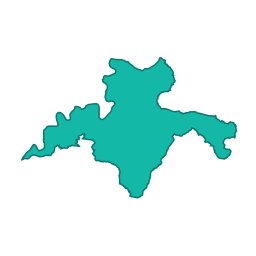 Lithipeng, Mohale's Hoek, Lesotho, rotated 176°
{"feature_id": "5366337B6317633557829", "entity_name": "Lithipeng", "entity_type": "district", "adm_level": 2, "iso_a3": "LSO", "parent_name": "Lesotho", "parent_adm1": "Mohale's Hoek", "projection": "albers", "projection_center": [27.697, -30.239], "detail": "fine", "context": "isolated", "style": "filled", "palette": "teal", "viewbox_px": 256, "rotation_deg": 176, "n_neighbors": 0, "source": "geoboundaries", "source_scale": "gbopen_adm2", "svg_char_len": 5853}
<svg xmlns="http://www.w3.org/2000/svg" viewBox="0 0 256 256"><g transform="rotate(176 128 128)"><path d="M183.0,148.1L184.6,146.2L185.0,145.1L184.7,142.1L185.0,140.9L186.1,140.0L187.4,139.9L188.6,140.3L189.3,140.9L191.3,145.3L193.3,147.4L194.4,148.1L196.6,148.3L198.4,146.5L198.8,144.1L198.6,141.0L197.6,137.6L197.6,135.9L198.3,134.9L199.4,134.7L204.9,135.3L207.7,135.3L209.0,134.6L209.9,133.4L212.0,131.7L212.6,129.5L212.6,126.3L213.2,121.2L213.0,119.7L212.4,118.6L212.4,115.7L212.8,114.3L213.8,113.1L215.8,112.1L218.2,111.6L218.7,111.8L219.6,112.9L221.2,116.9L222.4,118.0L223.6,117.9L227.4,112.9L230.9,110.5L232.5,108.3L234.8,106.1L236.0,104.2L236.0,103.6L233.5,104.8L230.4,104.3L229.2,104.6L226.6,107.0L225.5,107.5L223.7,107.6L222.1,107.2L218.1,105.5L215.0,105.6L212.1,106.5L207.7,106.0L206.5,106.5L205.9,107.2L205.8,108.0L203.7,109.1L202.9,111.3L202.9,112.2L202.5,112.8L202.5,113.9L202.0,114.4L200.6,114.8L199.4,115.9L198.4,114.7L197.9,115.1L198.0,113.2L197.3,113.0L196.8,113.4L196.1,112.7L196.2,111.9L193.9,112.7L190.3,112.0L189.1,112.9L188.9,113.8L185.9,114.1L185.3,114.8L183.4,114.1L181.1,114.0L179.7,113.4L177.9,113.2L178.5,114.2L181.1,116.5L179.6,117.3L179.4,118.2L180.0,118.4L180.6,119.6L180.4,120.1L179.5,120.2L178.9,119.8L178.2,120.2L177.7,120.0L177.6,121.0L177.1,121.4L178.1,122.2L177.8,123.5L176.7,123.6L172.8,125.3L171.9,125.1L171.4,124.3L172.5,123.5L171.9,122.0L173.0,121.6L173.0,121.2L174.0,120.5L172.8,120.1L171.2,120.2L170.5,119.7L165.2,118.7L164.4,118.1L163.7,118.0L162.5,116.5L162.1,115.2L162.4,114.8L164.2,113.6L164.3,112.9L165.5,111.9L165.3,111.0L164.3,109.8L164.5,108.7L164.1,108.3L162.9,108.3L163.3,107.2L163.8,107.0L164.1,106.0L164.9,105.3L164.9,104.7L164.4,104.1L164.3,103.4L163.0,102.3L162.6,101.5L162.7,100.0L163.1,99.5L162.7,98.4L162.2,97.8L161.3,97.5L159.1,97.6L158.4,96.8L157.5,96.4L156.1,96.4L154.8,96.0L154.3,96.4L151.9,95.7L150.4,96.2L149.9,95.4L148.2,95.0L146.6,93.5L145.5,93.4L145.3,92.7L142.4,91.6L141.3,89.6L140.7,89.5L140.1,88.8L140.0,87.6L138.9,85.3L139.4,84.1L139.1,83.3L139.9,82.2L140.1,80.9L139.9,76.2L140.3,74.7L139.9,74.2L140.2,72.9L138.6,72.4L137.8,71.4L137.2,71.3L136.5,70.5L136.5,70.1L135.5,69.7L135.3,69.0L134.6,68.7L134.8,68.3L134.6,68.1L134.0,67.8L133.7,68.2L132.5,67.2L131.9,65.1L131.6,65.3L130.9,65.1L130.9,64.8L131.4,64.6L131.4,64.1L129.8,62.2L130.7,60.5L130.7,59.7L124.8,58.1L123.3,57.8L120.8,58.5L119.4,59.6L118.2,60.1L117.4,64.2L115.2,66.1L113.6,67.0L112.8,70.6L111.4,71.0L110.3,74.9L109.2,77.3L108.8,79.5L109.0,80.2L107.8,83.3L105.5,84.6L105.7,85.0L104.6,85.4L104.7,85.9L102.1,86.2L101.9,86.9L100.6,87.6L100.5,89.0L99.1,88.9L99.1,89.3L97.9,89.4L97.0,90.5L96.8,91.3L97.4,93.1L97.4,94.2L97.0,94.9L92.3,98.5L91.9,99.4L91.7,100.7L90.8,102.0L90.8,103.1L89.9,103.4L88.8,106.4L88.0,106.9L85.3,109.9L82.9,113.0L83.2,114.5L84.5,116.2L82.1,118.7L80.8,117.7L78.5,117.3L75.7,116.1L74.3,116.8L73.1,118.0L71.9,118.0L69.3,119.6L68.6,119.6L67.2,120.9L65.5,121.6L64.9,122.1L64.2,123.6L63.5,123.5L62.8,122.7L62.0,122.7L61.6,122.2L61.6,121.6L60.2,121.0L59.4,120.1L59.4,119.3L59.2,118.8L58.7,118.7L58.6,117.1L58.2,117.1L57.9,115.9L56.4,116.8L55.6,115.8L53.3,114.5L53.4,113.9L52.3,113.0L51.6,111.0L52.3,108.8L51.3,108.3L49.6,108.8L49.1,108.6L48.7,107.6L47.9,107.6L47.5,106.9L46.5,106.1L46.2,105.2L46.8,104.6L44.1,104.0L43.8,103.3L44.0,102.9L43.7,102.4L43.7,100.0L43.0,99.4L43.3,98.9L43.1,97.6L42.6,97.3L42.3,96.3L41.6,95.9L40.8,93.4L39.0,91.6L34.3,90.4L34.3,90.6L31.9,91.2L29.9,93.1L28.5,93.8L26.9,97.9L28.4,99.6L31.9,100.0L32.8,101.0L33.5,101.1L33.2,103.0L32.5,104.2L34.0,106.0L33.7,107.9L31.8,110.6L28.6,111.5L27.7,110.6L25.3,111.5L22.9,111.7L22.2,110.9L21.8,111.8L21.9,112.7L21.6,113.3L22.0,114.3L21.7,115.1L21.0,115.8L20.6,117.1L20.0,117.4L20.4,118.7L20.2,119.2L20.5,121.6L20.1,122.0L20.2,122.6L21.1,122.9L21.2,123.2L20.6,123.4L20.9,124.0L21.9,124.7L22.3,125.8L23.7,126.4L25.1,126.5L25.5,126.9L26.6,126.4L27.6,125.2L29.4,125.5L30.3,126.1L31.4,126.1L31.9,127.5L33.9,128.7L34.2,128.4L33.9,127.8L35.2,127.9L36.4,128.8L36.6,129.5L39.5,131.6L39.4,133.5L40.0,134.2L41.0,133.3L42.1,134.1L46.0,134.4L56.3,137.9L57.0,137.6L59.5,139.4L60.4,139.5L65.5,139.8L66.1,139.1L69.0,139.2L69.6,138.7L71.0,138.8L71.9,138.1L73.2,139.4L74.6,139.5L75.8,141.3L80.3,140.9L83.2,141.8L86.2,143.5L88.1,143.9L88.5,144.4L91.7,144.9L93.6,144.7L94.6,147.1L96.2,148.5L96.3,150.2L96.7,150.1L97.2,152.2L97.3,153.7L97.0,154.4L96.1,155.1L96.1,157.6L95.1,157.8L94.8,158.8L93.3,160.3L91.7,161.1L90.3,161.3L89.8,161.8L85.3,161.5L85.0,162.1L84.0,162.7L83.0,162.8L83.4,164.2L82.4,165.5L82.4,166.7L81.4,167.2L81.2,168.5L80.9,168.5L80.7,167.9L79.9,168.2L80.2,169.2L78.1,170.8L77.8,172.2L78.6,172.9L78.6,174.2L79.2,176.4L78.7,177.3L79.3,178.0L80.0,177.9L80.0,178.3L79.3,178.8L79.0,180.0L79.9,182.6L80.6,183.0L81.7,185.6L82.9,186.1L83.4,187.0L84.0,186.8L84.5,187.6L84.6,188.7L85.6,188.9L86.9,190.0L86.7,190.4L86.2,190.2L86.4,191.3L86.1,192.4L86.2,192.9L87.0,193.4L88.1,193.5L89.9,195.5L91.0,195.9L91.7,195.2L92.0,194.1L93.4,192.0L97.3,188.8L103.1,185.8L107.1,186.0L109.3,184.2L110.7,184.3L111.4,185.0L114.1,185.8L115.8,187.0L116.8,187.3L120.6,191.2L122.1,192.2L123.3,194.1L125.0,194.1L126.7,195.4L130.1,196.7L135.2,197.1L139.4,198.2L140.2,197.9L140.7,197.5L142.2,193.9L142.0,192.3L141.6,190.8L140.7,189.7L138.0,188.2L136.5,186.8L136.1,185.2L136.7,183.7L143.2,181.2L144.7,181.2L147.2,181.9L148.6,180.9L149.0,178.5L150.0,178.1L150.0,177.6L149.8,175.9L146.2,172.9L145.6,171.2L146.0,168.6L147.6,166.3L147.6,165.1L148.7,160.4L147.7,156.6L145.5,155.6L142.1,156.1L140.0,155.0L139.4,153.8L140.0,151.9L142.4,150.0L143.0,147.4L144.2,145.1L146.5,143.2L150.8,139.0L152.4,138.4L153.7,138.3L155.4,139.5L156.1,140.8L155.3,150.4L155.7,152.3L156.5,153.7L157.5,154.3L160.2,154.5L166.0,154.1L168.3,153.0L169.6,150.9L172.4,149.9L173.4,150.2L174.6,151.9L176.7,152.8L178.9,153.1L179.5,152.7L180.2,150.3L183.0,148.1Z" fill="#14b8a6" stroke="#0f766e" stroke-width="1.5"/></g></svg>